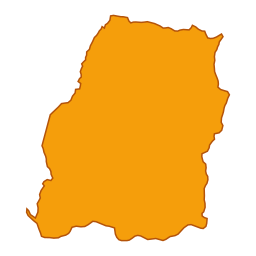 Palmital, São Paulo, Brazil
{"feature_id": "56859067B2487555723980", "entity_name": "Palmital", "entity_type": "district", "adm_level": 2, "iso_a3": "BRA", "parent_name": "Brazil", "parent_adm1": "São Paulo", "projection": "albers", "projection_center": [-50.219, -22.821], "detail": "fine", "context": "isolated", "style": "filled", "palette": "amber", "viewbox_px": 256, "rotation_deg": 0, "n_neighbors": 0, "source": "geoboundaries", "source_scale": "gbopen_adm2", "svg_char_len": 2583}
<svg xmlns="http://www.w3.org/2000/svg" viewBox="0 0 256 256"><path d="M26.9,208.9L26.6,212.3L28.1,215.5L30.2,217.5L33.4,220.5L37.0,223.4L38.9,228.9L40.5,232.9L41.5,236.3L44.7,237.5L49.7,237.6L53.8,238.1L58.4,237.8L60.8,236.4L65.8,235.1L68.6,233.4L70.1,231.3L72.0,227.3L76.2,226.2L80.9,226.8L84.8,226.5L88.1,224.7L92.8,221.3L96.1,221.7L106.0,225.8L109.1,226.2L114.5,227.9L115.4,234.1L116.8,237.3L118.9,239.7L121.5,240.6L126.9,240.6L129.3,240.1L131.9,238.4L135.0,236.1L137.7,235.4L140.6,235.9L147.7,239.5L155.8,238.5L163.0,240.5L165.8,239.4L170.0,236.6L175.1,235.6L178.1,234.1L184.0,227.7L188.0,224.9L191.2,224.6L200.8,228.2L203.2,228.5L205.9,226.4L206.7,223.4L207.1,218.5L204.4,217.6L202.2,216.0L202.0,213.4L203.7,211.8L205.1,207.3L205.0,203.4L204.2,199.8L204.4,195.9L204.3,192.8L204.2,188.5L205.5,185.5L206.9,183.4L207.9,179.8L207.7,176.4L206.3,174.1L205.6,171.0L206.1,167.8L205.7,164.1L203.1,161.7L202.4,159.1L201.8,156.6L202.0,153.7L204.9,152.4L207.4,151.2L209.1,147.9L209.6,145.0L212.3,141.3L214.5,139.2L214.0,136.4L214.4,133.8L219.1,132.8L221.7,130.3L222.9,125.6L221.2,122.3L221.5,117.9L222.6,114.6L223.4,111.9L224.1,108.0L224.9,105.5L226.3,103.0L227.8,98.1L229.4,94.8L227.5,91.6L224.4,90.7L220.6,89.5L217.9,87.1L218.4,84.1L218.1,81.0L217.2,78.3L215.8,74.9L214.6,71.6L214.4,68.5L214.0,64.2L214.8,60.4L214.4,56.7L215.0,52.4L216.8,49.6L217.6,46.8L218.8,44.6L219.3,41.9L220.9,39.7L223.0,36.7L221.5,34.0L216.5,37.0L213.2,38.3L210.4,38.5L207.7,37.9L205.8,34.1L204.7,31.2L201.9,31.0L198.5,29.3L195.7,26.9L192.4,25.3L191.3,27.6L189.1,29.9L183.4,29.5L180.0,30.1L177.7,31.1L174.7,30.9L171.1,28.7L168.2,27.5L165.9,27.9L163.2,28.1L159.9,25.9L157.6,24.9L154.7,23.6L150.9,22.6L147.4,21.7L144.4,22.1L141.3,22.4L138.5,22.2L135.8,22.0L133.3,22.1L130.8,22.9L128.9,21.0L127.5,17.6L123.5,16.8L120.6,16.7L116.1,15.9L113.5,15.4L110.6,15.9L109.9,20.3L107.5,23.4L105.4,24.8L104.4,28.1L102.1,26.6L101.1,29.1L99.4,30.8L98.1,33.2L96.6,35.4L94.4,37.5L92.6,41.6L90.4,45.8L89.4,49.4L86.7,51.9L86.6,55.2L85.6,57.4L85.6,59.9L83.4,62.0L81.7,63.9L82.6,66.1L81.3,68.9L80.3,71.7L81.2,74.5L81.2,77.1L79.5,78.7L78.1,81.5L80.7,83.5L80.3,86.2L79.6,88.9L75.6,89.4L75.1,93.0L72.5,96.2L70.9,100.2L68.0,102.7L64.7,103.1L61.5,103.6L58.4,107.0L50.3,114.7L42.0,145.8L43.2,148.6L44.0,152.3L45.7,156.3L46.3,158.9L46.3,161.6L47.4,166.6L49.6,168.7L50.9,171.5L51.1,174.3L52.8,178.1L50.9,180.5L47.2,179.6L44.0,181.6L42.7,183.8L44.3,185.9L42.7,188.1L41.1,190.5L39.6,194.6L40.3,198.0L38.8,200.9L37.2,203.7L38.1,207.9L37.9,212.2L35.4,218.0L30.4,214.6L28.6,210.6L26.9,208.9Z" fill="#f59e0b" stroke="#b45309" stroke-width="1.5"/></svg>